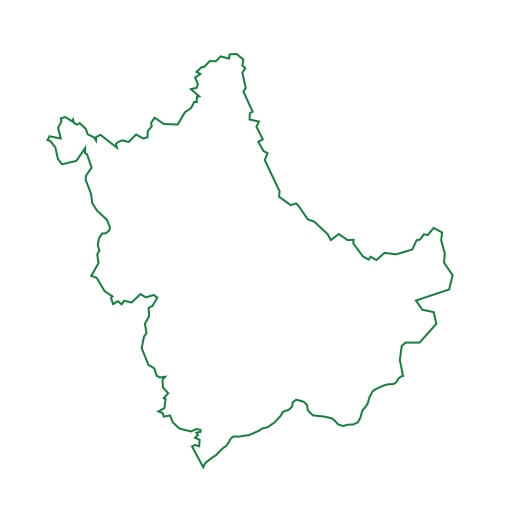 outline of Kavadartsi, Kavadartsi, North Macedonia, rotated 353°
{"feature_id": "65306769B96152204239158", "entity_name": "Kavadartsi", "entity_type": "district", "adm_level": 2, "iso_a3": "MKD", "parent_name": "North Macedonia", "parent_adm1": "Kavadartsi", "projection": "mercator", "projection_center": [22.001, 41.309], "detail": "fine", "context": "isolated", "style": "outline", "palette": "green", "viewbox_px": 512, "rotation_deg": 353, "n_neighbors": 0, "source": "geoboundaries", "source_scale": "gbopen_adm2", "svg_char_len": 3230}
<svg xmlns="http://www.w3.org/2000/svg" viewBox="0 0 512 512"><g transform="rotate(353 256 256)"><path d="M304.4,211.6L302.2,208.7L296.6,209.7L286.1,200.0L287.3,194.7L276.4,161.8L280.0,155.4L276.2,152.7L272.2,143.0L277.0,141.0L272.2,127.8L275.3,122.9L266.2,119.7L267.3,113.6L270.2,112.4L263.6,91.2L266.3,88.1L264.8,72.4L268.3,68.3L265.7,65.3L267.4,59.4L261.3,53.1L254.4,52.7L253.3,56.7L245.2,53.6L239.8,57.8L233.8,56.9L227.5,62.1L225.1,61.9L219.4,66.0L223.0,68.6L217.3,71.5L219.3,78.4L217.6,81.8L211.8,82.5L219.1,90.7L216.8,90.6L215.9,96.0L213.5,95.5L209.6,101.2L202.9,104.7L194.3,116.0L180.6,113.7L172.2,106.4L168.1,111.2L168.3,114.6L163.8,118.8L162.8,125.0L158.4,125.6L151.8,120.8L143.5,127.3L137.3,124.9L132.9,126.2L130.6,127.8L131.1,131.5L116.4,116.8L112.0,118.3L111.3,122.0L109.7,118.5L103.8,114.7L102.5,109.0L97.2,102.7L94.2,103.8L91.5,101.8L91.0,98.3L89.9,99.9L83.5,94.8L79.1,95.6L79.2,98.8L75.2,104.6L76.5,115.6L65.6,112.0L63.2,115.6L66.0,116.9L70.1,123.8L71.2,135.5L74.7,141.3L89.3,139.7L99.6,128.0L98.8,133.0L100.7,134.4L103.6,148.3L97.3,155.2L96.2,159.5L99.9,174.4L99.9,183.4L103.7,191.6L112.5,202.0L114.6,209.9L113.4,212.7L109.8,215.2L106.0,214.9L102.3,219.3L100.2,226.2L101.3,231.2L98.6,235.2L98.8,243.9L90.1,255.6L95.2,258.3L101.5,272.5L108.6,278.6L107.0,279.9L108.3,286.3L113.4,284.0L116.7,287.6L119.7,284.4L126.9,287.0L136.7,279.7L141.7,283.7L149.7,282.2L153.0,285.3L147.2,292.9L143.1,294.4L142.7,302.4L137.5,309.8L137.9,319.2L135.0,322.4L131.3,333.6L136.0,351.0L141.4,355.2L142.8,362.7L145.6,364.8L151.1,364.8L148.1,367.5L147.6,375.1L152.1,381.5L147.1,385.8L148.8,386.9L146.6,395.8L140.2,398.4L144.2,400.6L144.9,404.2L151.2,403.8L153.2,411.0L158.9,417.9L170.1,422.2L176.0,420.4L179.8,422.0L179.5,423.8L175.3,424.1L176.5,426.7L173.3,429.0L177.6,431.6L176.4,437.9L172.6,436.1L169.3,437.2L177.9,459.3L178.2,459.0L179.2,457.0L179.7,456.3L180.5,455.3L181.1,454.8L188.0,450.7L191.9,448.9L195.1,446.3L199.8,442.7L203.2,440.9L206.0,437.9L208.5,434.4L211.0,432.6L213.0,432.5L216.9,433.3L221.4,432.9L226.7,433.0L232.4,431.4L237.3,429.9L238.3,429.5L240.2,428.4L242.4,427.8L246.5,427.4L253.7,423.7L261.1,417.6L263.3,414.3L266.7,413.1L268.5,413.1L270.2,412.3L271.9,411.1L273.2,409.9L273.8,409.0L274.1,407.7L274.5,405.7L278.4,403.6L284.0,405.7L285.5,406.5L286.2,407.2L288.2,409.6L288.5,410.6L288.5,412.8L288.6,415.2L289.8,417.2L293.2,421.2L298.0,422.3L304.6,423.8L311.4,426.4L312.3,427.1L314.0,428.9L316.4,432.4L318.0,433.8L322.1,435.4L325.6,434.7L327.5,434.7L332.1,435.1L336.8,433.4L339.6,429.7L340.7,427.2L342.1,423.6L343.6,421.4L345.8,419.6L348.8,416.2L351.2,410.4L354.5,405.6L355.3,404.4L357.0,403.5L359.1,402.6L364.7,400.8L366.4,400.3L368.5,399.8L370.7,399.5L373.2,399.6L376.5,399.9L378.7,399.1L380.0,398.1L383.0,394.5L386.7,392.7L387.3,392.9L386.1,376.8L389.6,363.2L393.8,360.2L407.8,361.9L426.7,345.3L425.6,333.4L414.5,329.6L409.3,319.7L443.7,312.7L448.8,299.1L441.8,285.5L443.7,276.5L441.7,262.9L443.6,255.4L435.7,249.8L429.1,256.1L425.3,254.9L420.8,259.7L417.4,259.9L411.9,268.6L395.3,271.4L383.9,268.6L375.0,274.7L369.7,270.7L367.3,273.3L362.1,269.5L354.1,255.4L354.8,251.8L348.7,251.3L340.8,244.3L332.2,249.3L329.7,243.0L318.0,229.0L311.9,226.0L304.4,211.6Z" fill="none" stroke="#15803d" stroke-width="2"/></g></svg>